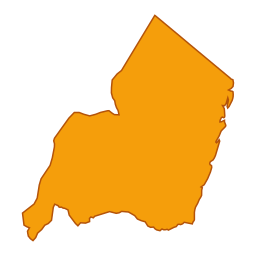 outline of Tanga
{"feature_id": "TZA-3395", "entity_name": "Tanga", "entity_type": "Region", "adm_level": 1, "iso_a3": "TZA", "parent_name": "United Republic of Tanzania", "parent_adm1": "", "projection": "natural_earth1", "projection_center": [38.386, -5.115], "detail": "fine", "context": "isolated", "style": "filled", "palette": "amber", "viewbox_px": 256, "rotation_deg": 0, "n_neighbors": 0, "source": "natural_earth", "source_scale": "10m", "svg_char_len": 2291}
<svg xmlns="http://www.w3.org/2000/svg" viewBox="0 0 256 256"><path d="M154.8,15.4L155.5,15.9L163.8,22.8L172.2,29.8L180.5,36.7L188.8,43.7L197.2,50.7L205.5,57.6L213.9,64.6L222.2,71.5L230.5,78.4L231.1,79.1L232.9,79.7L233.5,82.9L233.0,86.5L231.1,88.5L228.5,90.0L230.6,91.0L232.1,91.2L233.0,91.8L233.2,94.3L233.1,96.7L232.7,98.7L232.1,100.5L229.0,106.6L227.7,108.0L227.1,106.3L227.5,104.1L228.1,101.9L228.4,99.8L227.8,97.8L226.1,103.6L224.6,105.7L222.5,105.5L224.2,108.5L224.4,109.7L224.8,116.1L224.5,117.2L223.8,117.7L222.3,117.1L221.4,117.6L221.1,118.1L220.1,120.3L219.9,121.9L221.3,121.8L224.5,120.3L224.5,122.0L225.6,124.7L225.8,125.8L225.4,126.6L221.7,130.4L221.0,131.3L219.1,136.0L216.1,141.2L215.8,142.0L216.5,142.8L217.6,141.9L219.1,139.7L219.7,141.1L215.5,155.3L214.4,157.8L213.1,159.9L212.0,160.6L210.9,161.3L210.0,162.2L209.7,163.7L210.1,164.7L210.9,165.1L211.6,165.8L211.7,167.6L210.4,172.1L207.6,178.7L204.2,184.7L201.0,187.0L202.3,187.7L201.7,190.1L201.6,195.3L200.6,197.4L199.4,199.2L197.6,203.4L195.5,207.2L194.8,209.7L194.4,212.3L194.4,219.6L194.0,220.7L193.3,221.5L192.8,222.5L192.4,223.5L192.3,223.9L184.2,222.3L182.6,223.8L180.6,224.6L179.3,224.3L177.9,224.4L176.2,226.6L174.0,227.3L168.4,230.1L167.1,229.3L165.7,229.7L163.8,229.8L162.0,229.0L161.0,229.8L160.0,230.7L156.7,229.9L155.0,228.8L153.6,227.1L150.5,227.3L147.8,226.0L145.2,221.8L141.1,220.6L137.4,219.0L134.7,215.6L128.5,212.0L121.6,211.4L119.1,212.8L116.2,213.3L109.6,211.6L94.8,216.2L93.3,217.8L90.9,217.0L89.5,218.4L89.6,221.6L85.6,223.1L80.5,222.8L77.9,225.8L75.5,223.5L69.2,215.1L68.0,209.9L64.7,208.3L63.1,208.1L61.4,207.1L59.9,207.3L58.6,206.7L58.4,205.9L57.8,205.5L54.7,204.2L53.3,207.3L51.5,220.3L48.3,223.5L44.8,225.2L41.7,229.5L37.6,233.1L35.7,237.6L33.0,240.6L30.4,238.7L28.2,235.9L28.2,234.9L27.9,234.1L27.5,231.2L29.5,227.8L26.9,226.8L24.0,225.1L22.5,213.1L34.1,204.0L37.2,198.2L39.3,184.9L41.1,178.8L50.1,165.4L52.3,157.9L54.4,147.0L54.5,143.8L53.7,140.8L54.5,138.2L68.9,118.1L74.3,112.5L79.2,112.5L83.9,114.3L89.7,115.9L95.7,114.3L100.6,112.4L107.3,110.8L109.0,110.7L111.6,112.8L114.3,114.6L119.0,114.8L118.1,110.5L116.5,107.6L115.4,104.4L114.7,100.7L112.7,97.8L111.4,92.9L111.5,87.5L112.2,80.0L117.1,74.0L121.5,70.5L154.8,15.4L154.8,15.4Z" fill="#f59e0b" stroke="#b45309" stroke-width="1.5"/></svg>